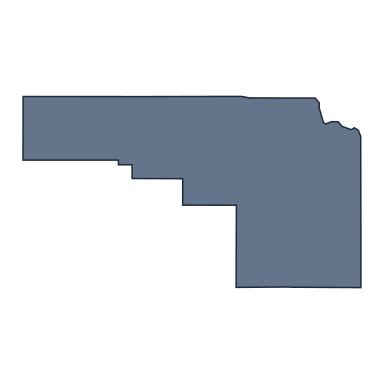 Bonneville, Idaho, United States of America (Mercator projection)
{"feature_id": "52423323B55916702614630", "entity_name": "Bonneville", "entity_type": "district", "adm_level": 2, "iso_a3": "USA", "parent_name": "United States of America", "parent_adm1": "Idaho", "projection": "mercator", "projection_center": [-111.357, 43.323], "detail": "fine", "context": "isolated", "style": "filled", "palette": "slate", "viewbox_px": 384, "rotation_deg": 0, "n_neighbors": 0, "source": "geoboundaries", "source_scale": "gbopen_adm2", "svg_char_len": 723}
<svg xmlns="http://www.w3.org/2000/svg" viewBox="0 0 384 384"><path d="M236.1,287.4L288.6,287.0L290.2,287.2L360.9,287.6L360.9,286.6L361.0,286.0L361.0,285.9L361.0,285.4L360.9,284.5L361.0,280.7L360.9,279.7L360.9,279.2L360.9,276.5L360.9,274.8L360.9,272.9L360.9,272.3L360.9,271.0L360.9,238.1L360.9,235.8L360.9,234.3L360.9,232.3L360.8,194.6L360.7,136.2L358.3,130.3L354.3,127.8L351.4,129.7L342.2,126.4L338.2,121.8L331.7,121.6L325.5,124.0L323.5,122.6L319.2,108.0L319.3,102.9L315.2,98.0L279.5,98.0L249.3,97.9L241.4,96.4L227.7,96.4L145.8,96.6L23.1,96.5L23.0,160.1L118.4,160.1L118.4,164.8L132.1,164.8L132.1,178.5L154.5,178.6L182.7,178.7L182.7,205.1L236.4,205.2L236.1,287.4Z" fill="#64748b" stroke="#1e293b" stroke-width="1.5"/></svg>